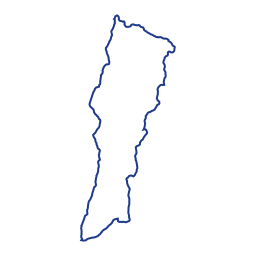 Martinópolis, São Paulo, Brazil
{"feature_id": "56859067B60497453686777", "entity_name": "Martinópolis", "entity_type": "district", "adm_level": 2, "iso_a3": "BRA", "parent_name": "Brazil", "parent_adm1": "São Paulo", "projection": "robinson", "projection_center": [-51.128, -22.2], "detail": "fine", "context": "isolated", "style": "outline", "palette": "blue", "viewbox_px": 256, "rotation_deg": 0, "n_neighbors": 0, "source": "geoboundaries", "source_scale": "gbopen_adm2", "svg_char_len": 5187}
<svg xmlns="http://www.w3.org/2000/svg" viewBox="0 0 256 256"><path d="M99.2,85.0L99.0,86.7L97.8,87.0L96.2,87.5L94.8,89.0L94.6,90.2L93.7,91.6L93.2,92.6L89.7,103.3L89.5,104.4L89.8,105.4L90.2,106.4L91.2,107.4L92.2,108.4L93.3,109.3L93.8,110.7L94.0,112.1L94.6,113.1L95.2,114.1L96.3,114.9L96.9,115.9L97.6,116.4L98.4,117.4L98.8,118.5L99.3,119.3L100.1,119.7L100.4,121.1L100.0,122.8L99.7,124.4L99.5,126.0L99.0,127.4L97.4,129.1L96.9,129.9L96.4,130.8L95.2,132.9L94.5,133.6L93.7,134.2L93.1,135.0L93.6,136.6L94.5,138.2L95.3,139.4L95.4,140.7L95.7,142.0L96.4,142.9L96.5,144.4L97.3,146.1L97.5,147.4L98.0,148.5L99.1,149.2L99.7,149.9L99.8,151.1L99.3,152.4L99.3,153.8L98.8,154.9L98.9,156.0L99.1,157.1L99.6,158.4L99.9,159.8L98.9,160.5L98.1,161.8L98.2,163.0L98.6,164.4L98.8,165.9L98.8,167.0L98.3,168.0L98.2,169.6L98.1,170.9L97.9,172.2L97.6,173.1L97.1,174.4L96.4,175.7L96.4,177.2L95.9,178.5L95.8,180.2L95.4,181.9L95.8,183.5L96.0,185.1L95.3,186.4L94.2,187.2L93.7,188.7L93.3,190.4L92.7,192.2L92.2,193.7L92.1,195.3L91.7,196.2L91.3,197.0L90.8,198.3L90.2,199.6L89.0,201.2L88.6,202.2L88.4,203.2L88.2,204.5L88.0,205.9L87.9,207.3L87.7,208.7L87.2,209.8L87.1,211.0L87.3,212.8L87.4,214.1L86.5,214.9L85.6,215.4L85.0,216.0L84.7,216.9L84.4,217.8L84.2,219.1L83.6,220.0L83.3,221.2L82.7,222.5L82.3,223.8L81.9,224.8L81.4,225.6L81.6,226.5L81.2,227.7L81.3,229.2L81.5,230.2L81.6,231.4L81.5,233.1L81.6,234.4L81.2,236.0L81.3,237.4L82.1,238.8L81.3,240.2L82.4,240.4L83.7,240.6L85.1,240.4L86.0,240.2L86.7,239.5L87.9,238.8L88.8,238.5L89.9,238.2L91.0,238.0L92.0,237.6L92.8,237.6L93.7,237.6L94.9,237.2L96.1,236.8L97.2,236.3L98.3,235.7L99.1,234.7L100.0,234.2L100.7,233.4L101.3,232.4L102.1,231.6L102.7,230.6L104.2,229.6L105.7,228.8L106.6,228.1L107.6,227.0L108.3,226.1L109.2,225.3L110.0,224.7L111.1,223.8L112.1,222.6L112.5,221.6L113.3,220.2L114.3,219.5L115.1,219.2L116.0,219.1L116.9,218.8L117.8,218.6L117.9,220.1L118.0,221.2L119.1,221.9L120.1,221.9L121.1,221.8L122.1,222.1L123.1,221.7L124.0,221.9L125.5,222.2L126.6,222.1L127.5,221.6L129.1,221.0L129.7,220.0L129.7,219.0L129.2,218.0L129.1,217.0L129.0,215.5L128.8,214.4L128.5,213.4L128.3,212.2L128.5,210.7L128.5,209.7L128.5,208.1L128.6,206.9L129.0,205.4L129.3,204.1L129.4,203.1L129.2,202.1L129.4,200.0L129.2,198.0L128.6,196.7L128.4,195.4L128.6,193.6L129.1,191.5L129.4,190.4L129.8,189.2L129.3,188.0L128.9,187.2L128.1,185.9L127.5,184.4L127.2,183.2L127.0,181.9L127.0,180.8L126.3,179.2L127.0,178.0L127.9,177.5L129.2,176.0L130.1,175.6L131.6,175.6L132.6,176.0L133.6,176.3L135.0,174.8L135.3,173.9L135.9,172.8L136.7,171.6L136.6,170.2L137.0,169.1L137.4,167.8L137.2,166.5L136.9,164.3L136.5,162.4L136.3,161.2L135.7,160.1L135.7,158.4L135.2,157.0L135.2,155.4L136.2,154.0L136.5,152.8L136.4,151.5L136.3,150.4L136.0,149.1L135.8,147.2L136.6,146.3L138.4,145.5L139.2,145.1L139.9,144.5L140.0,142.5L141.6,140.2L142.8,139.5L143.9,137.1L144.6,136.2L145.2,135.4L146.3,134.2L147.0,133.2L147.1,132.1L146.6,131.1L146.1,129.9L144.8,129.1L143.5,129.5L144.3,127.9L144.7,126.3L144.8,125.2L145.2,123.6L144.9,122.5L144.6,121.3L144.8,119.9L145.7,118.4L145.8,117.4L145.7,116.1L146.8,114.7L147.6,113.3L148.5,112.4L149.6,112.1L150.6,111.8L151.6,111.0L152.6,110.7L154.4,109.8L155.6,107.9L156.3,106.8L156.9,105.8L157.3,104.9L158.1,104.5L158.9,104.2L159.4,103.3L159.2,101.6L158.5,101.1L157.9,100.5L157.2,99.5L156.8,98.2L157.4,95.7L157.8,94.4L157.8,92.9L158.0,91.2L157.5,89.6L157.9,88.1L158.9,86.6L159.8,85.7L161.0,84.9L162.1,84.8L162.9,85.0L164.2,84.9L163.7,81.6L164.0,80.3L164.3,79.4L164.6,78.0L165.5,77.0L165.7,75.8L165.5,74.3L165.5,72.5L165.2,71.5L164.4,70.4L164.1,68.9L164.8,67.4L164.8,65.8L164.5,64.5L163.5,63.1L163.4,61.8L163.8,60.5L164.4,59.4L164.5,58.4L164.8,57.5L165.5,56.7L166.5,55.9L167.5,55.6L168.0,54.4L167.8,52.7L168.5,51.7L169.7,51.6L170.8,52.3L171.7,52.5L172.5,52.4L173.3,51.9L174.0,51.2L174.3,50.4L174.5,48.4L174.8,47.1L174.1,46.3L172.6,45.6L172.2,44.3L171.6,43.5L170.9,42.5L169.7,41.7L168.4,41.0L168.5,40.0L167.3,39.1L166.1,38.6L164.8,38.6L163.7,38.6L161.7,37.6L160.2,37.0L158.3,37.4L157.6,37.0L156.2,37.1L155.2,36.3L154.2,36.0L152.9,35.2L152.0,34.7L150.7,34.3L149.7,33.6L148.4,32.9L147.3,32.4L146.3,31.4L145.0,30.7L144.0,29.9L143.8,28.6L143.0,27.4L141.9,27.2L141.0,26.9L140.1,26.2L139.6,25.4L138.7,25.0L137.8,25.3L136.4,25.2L135.2,25.1L133.9,24.6L132.8,24.3L131.2,25.0L130.5,26.3L128.8,26.8L127.4,26.9L126.2,26.8L125.5,26.2L124.9,25.3L124.4,24.2L124.7,23.1L124.5,22.1L123.8,21.4L122.8,21.7L121.7,21.2L120.5,21.0L119.6,20.7L118.8,19.3L118.9,17.9L118.5,16.6L117.8,15.9L117.1,15.4L115.3,16.4L114.8,18.2L114.0,19.0L114.8,19.9L114.9,20.9L114.7,22.1L114.9,23.3L114.2,24.5L114.0,25.7L113.6,26.9L113.1,27.9L112.7,29.0L112.2,29.8L111.6,30.6L111.3,31.5L111.5,32.5L111.8,33.9L112.1,35.1L111.3,36.7L110.9,38.0L110.8,39.0L110.4,39.9L109.9,40.7L109.3,41.4L109.2,42.5L108.4,43.7L108.0,44.6L107.6,45.6L107.0,46.7L106.1,47.5L105.8,49.0L106.1,50.4L106.7,51.6L106.7,52.5L107.1,53.7L107.9,55.5L108.4,56.9L108.6,58.1L108.7,59.5L108.9,60.4L109.3,61.8L109.1,63.9L108.1,64.3L106.8,64.3L105.8,64.8L104.7,65.8L103.9,66.9L103.5,67.9L103.1,68.7L102.8,69.6L102.5,70.6L102.8,71.8L102.2,73.8L101.4,74.5L100.9,75.3L101.0,76.3L100.8,77.4L100.5,79.6L100.2,81.6L100.3,83.0L100.0,84.3L99.2,85.0Z" fill="none" stroke="#1e3a8a" stroke-width="2"/></svg>